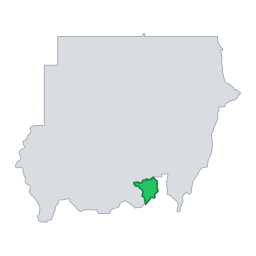 location of Abu Jubayhah, South Kordufan, Sudan
{"feature_id": "16777658B72808091845483", "entity_name": "Abu Jubayhah", "entity_type": "district", "adm_level": 2, "iso_a3": "SDN", "parent_name": "Sudan", "parent_adm1": "South Kordufan", "projection": "mercator", "projection_center": [31.566, 10.99], "detail": "fine", "context": "in_parent", "style": "filled", "palette": "green", "viewbox_px": 256, "rotation_deg": 0, "n_neighbors": 0, "source": "geoboundaries", "source_scale": "gbopen_adm2", "svg_char_len": 6467}
<svg xmlns="http://www.w3.org/2000/svg" viewBox="0 0 256 256"><path d="M179.8,211.7L177.3,211.7L177.0,211.1L177.1,209.4L177.4,208.2L178.3,206.2L178.0,205.2L178.2,203.6L177.5,201.9L171.5,196.8L170.3,195.4L167.1,194.2L167.7,192.7L166.3,182.4L167.0,181.2L167.2,179.4L167.2,177.8L167.9,175.1L168.0,174.0L161.6,173.9L161.5,175.1L161.8,176.4L161.8,176.9L152.9,176.9L156.5,181.0L156.6,182.8L156.4,185.0L156.5,186.4L156.7,187.3L157.6,189.1L157.6,189.5L157.4,189.9L151.0,195.3L150.0,197.8L149.1,199.1L147.3,201.3L141.5,207.1L140.6,207.5L136.2,207.7L135.8,207.8L135.4,208.1L135.2,208.0L131.5,204.6L125.1,200.6L120.9,202.7L119.8,203.5L119.8,205.4L119.1,206.4L118.0,207.5L114.9,208.2L113.3,208.8L111.4,209.9L109.5,211.7L109.4,212.7L109.6,213.5L98.9,213.5L98.2,212.8L96.6,209.8L95.6,210.0L85.8,209.6L84.4,209.9L81.6,211.2L80.2,211.4L78.8,210.8L73.7,204.8L72.6,204.1L71.4,202.7L70.3,202.0L69.9,201.6L69.8,200.9L69.9,199.6L69.5,198.8L68.7,198.6L61.8,200.0L60.8,199.8L59.4,200.1L58.9,200.3L58.3,201.1L58.2,202.8L58.0,203.6L57.5,204.5L55.5,206.5L55.1,207.4L55.2,209.7L55.1,210.8L54.8,211.3L53.9,212.2L53.6,212.7L53.2,215.5L52.2,217.3L51.9,217.9L51.9,219.1L51.7,219.5L48.6,220.5L47.4,221.1L46.7,222.1L46.5,222.5L45.2,222.2L43.5,221.9L40.2,221.6L39.0,221.1L38.3,220.5L38.5,218.7L38.2,218.4L37.7,218.0L37.3,217.3L37.4,216.4L39.1,214.4L39.5,213.3L39.9,208.3L39.8,206.8L38.4,203.9L35.3,199.1L34.6,198.1L30.6,194.1L30.2,193.5L29.2,191.8L30.3,188.1L30.4,187.0L30.1,186.0L29.1,185.2L28.2,185.1L27.1,184.1L26.3,183.6L25.6,182.8L25.2,181.5L25.5,177.1L25.3,176.5L24.3,176.4L24.0,176.1L24.1,175.2L23.5,172.7L22.9,170.6L23.3,169.5L22.4,167.9L20.8,167.3L17.7,167.8L16.7,167.7L16.1,167.4L15.6,166.8L15.4,166.1L15.6,165.1L16.5,163.2L17.6,161.7L19.8,160.3L20.4,159.5L20.8,158.7L20.8,157.8L20.7,156.7L20.4,155.8L19.8,154.6L19.1,153.2L19.1,152.2L19.4,151.5L20.0,150.7L22.3,149.0L24.5,147.7L24.9,147.2L24.8,146.6L23.7,145.5L23.4,143.3L22.8,141.8L24.0,140.7L24.8,140.3L26.2,139.9L26.7,139.4L26.9,138.5L26.8,137.6L27.3,137.0L27.9,135.6L28.5,135.0L30.2,133.3L30.6,132.3L30.7,131.3L30.2,128.2L31.3,126.9L32.5,125.8L34.4,125.9L37.3,125.6L39.2,125.2L40.6,125.2L43.8,125.8L44.2,125.5L44.3,124.7L44.3,65.2L57.5,65.3L57.7,65.2L57.7,36.5L141.3,36.5L142.0,36.4L143.3,33.7L143.9,33.5L144.7,33.7L145.0,34.3L144.3,36.5L217.3,36.5L217.5,39.8L218.1,42.4L220.1,46.2L221.9,48.2L222.5,49.3L222.6,49.8L222.5,50.3L222.0,49.7L221.1,49.4L220.9,51.1L221.4,54.7L222.1,57.2L221.6,59.5L221.6,63.5L222.6,68.2L222.4,71.2L223.9,78.1L225.4,82.0L226.2,82.9L227.1,83.4L228.8,83.8L231.4,85.7L233.5,87.8L234.2,88.9L235.2,90.1L235.8,89.8L236.3,89.5L236.9,90.5L240.2,92.6L240.6,93.5L239.5,94.4L238.1,96.1L237.5,97.6L237.1,98.0L236.0,99.0L235.9,99.4L235.4,99.7L234.9,99.7L233.8,100.3L232.8,100.1L231.8,100.4L231.4,100.7L230.6,101.0L229.5,101.2L227.9,102.5L226.4,103.1L225.9,103.6L225.1,106.1L224.6,106.8L222.4,106.9L221.3,107.1L219.9,106.8L219.2,106.8L219.0,107.4L218.7,109.5L218.8,110.5L217.5,112.9L217.9,117.5L216.7,121.0L216.5,121.7L215.3,124.5L214.7,125.5L213.2,130.5L212.6,132.1L211.3,133.7L212.7,145.9L211.6,149.6L211.6,151.6L210.9,154.6L210.3,156.0L209.3,157.7L208.5,159.5L207.8,162.0L207.3,166.6L207.1,167.0L203.2,167.6L202.0,167.9L201.2,168.4L200.2,169.6L198.2,172.9L197.2,174.9L195.6,177.6L193.7,179.5L193.3,180.5L193.0,182.2L192.3,185.0L191.7,186.9L191.8,188.5L191.2,191.2L191.3,192.5L190.6,193.3L189.7,194.0L189.1,194.2L186.4,192.3L184.6,193.6L183.4,195.4L182.5,197.1L183.0,200.9L182.9,201.7L182.7,202.6L180.9,206.3L180.4,208.0L179.8,211.0L179.8,211.7Z" fill="#d9dde1" stroke="#a8b0b8" stroke-width="1"/><path d="M153.6,177.8L153.6,177.7L153.4,177.5L153.3,177.4L153.2,177.3L152.0,178.3L150.8,179.2L150.8,179.3L150.6,179.3L150.4,179.4L150.0,179.4L149.8,179.5L149.7,179.4L149.4,179.5L149.2,179.5L148.9,179.6L148.7,179.6L148.2,179.7L147.7,179.9L147.6,179.7L147.3,179.4L147.2,179.2L146.8,179.1L146.6,179.0L146.2,178.9L146.1,179.0L146.0,179.3L146.0,179.5L145.9,179.7L145.8,179.9L145.6,180.1L145.5,180.3L145.4,180.4L145.2,180.4L144.8,180.1L144.1,180.1L143.9,180.2L143.3,180.2L142.8,180.2L142.7,180.3L142.6,180.5L142.6,180.8L142.5,181.1L142.5,181.3L142.4,181.4L142.4,181.5L142.2,181.9L142.1,182.0L141.9,182.3L141.8,182.5L141.7,182.5L141.4,182.8L141.2,183.0L140.8,183.1L140.7,183.1L140.4,183.0L140.2,183.0L139.8,182.9L139.7,182.9L139.4,182.8L139.3,182.7L139.2,182.7L138.9,182.5L138.7,182.5L138.7,182.4L138.4,182.4L138.2,182.3L138.1,182.2L137.7,182.2L137.4,182.2L137.1,182.2L136.9,182.4L136.7,182.4L136.5,182.2L136.4,182.2L135.9,182.2L135.8,182.3L135.7,182.3L135.3,182.4L135.1,182.4L134.9,182.5L134.5,182.4L134.0,182.4L134.0,183.4L134.1,183.5L134.1,184.0L134.3,184.2L134.5,184.4L134.7,184.6L134.8,184.9L135.0,185.1L135.2,185.4L135.2,185.5L135.3,185.6L135.4,185.8L135.7,185.9L135.9,185.9L136.3,186.0L136.5,186.1L136.9,186.2L137.4,186.4L137.7,186.4L138.1,186.5L138.5,186.7L138.7,186.8L139.0,186.9L139.1,187.0L139.3,187.3L139.5,187.7L139.6,188.0L139.9,188.3L140.2,188.6L140.5,188.7L140.9,188.8L141.1,189.0L141.3,189.2L141.5,189.4L141.8,189.6L142.1,189.8L142.2,190.1L142.4,190.5L142.5,190.8L142.9,191.8L143.0,192.0L143.0,192.3L142.9,192.4L142.9,192.8L142.8,193.2L142.7,193.6L142.6,193.9L142.6,194.0L142.5,194.4L142.4,194.5L142.2,195.1L142.2,195.4L142.1,195.7L142.1,195.8L142.2,196.1L142.3,196.2L142.4,196.4L142.6,196.4L142.8,196.5L143.1,196.7L143.3,196.9L143.7,197.2L143.9,197.3L144.1,197.5L144.3,197.7L144.4,197.9L144.5,198.3L144.5,198.7L144.6,199.2L144.6,199.4L144.7,199.8L144.7,200.1L144.7,200.3L144.8,200.6L144.9,200.9L145.0,201.1L145.1,201.4L145.1,201.7L145.2,202.0L145.3,202.2L145.4,202.6L145.4,202.9L145.4,203.5L145.6,203.6L145.6,204.0L145.7,204.3L146.0,204.0L147.0,202.7L147.4,202.1L148.0,201.4L148.2,201.2L148.4,201.1L148.5,200.9L148.6,200.7L148.9,200.4L149.1,200.3L149.3,200.1L149.3,199.9L149.5,199.6L150.0,198.8L150.3,198.4L151.0,197.7L151.4,197.4L152.2,197.4L152.8,197.8L154.0,198.0L154.5,197.7L155.0,197.4L155.0,196.6L155.0,196.3L154.9,196.2L154.9,195.9L154.9,195.7L154.5,194.6L155.0,194.1L156.1,193.0L156.7,192.4L157.1,192.1L157.4,191.7L157.5,191.6L158.1,191.0L158.0,190.4L157.9,190.1L157.8,189.8L157.6,189.5L157.6,189.4L157.5,189.2L157.4,189.0L157.3,188.8L157.2,188.5L157.2,188.4L157.1,188.2L157.2,187.8L157.2,187.7L157.2,187.4L157.1,186.9L157.1,186.7L157.1,186.4L157.1,186.0L157.1,185.4L157.0,185.0L157.0,184.4L157.0,184.1L157.2,183.9L157.2,182.8L157.2,182.3L157.2,181.8L157.2,181.7L157.1,181.3L157.1,181.2L157.0,180.9L156.9,180.9L154.1,178.4L153.4,177.8L153.6,177.8Z" fill="#22c55e" stroke="#15803d" stroke-width="1.5"/></svg>